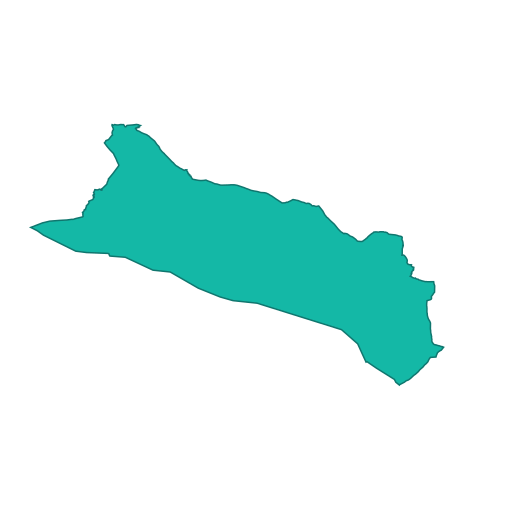 the district of Marker nor, Østfold, Norway, rotated 121°
{"feature_id": "86288312B28275954576976", "entity_name": "Marker nor", "entity_type": "district", "adm_level": 2, "iso_a3": "NOR", "parent_name": "Norway", "parent_adm1": "Østfold", "projection": "mercator", "projection_center": [11.622, 59.488], "detail": "fine", "context": "isolated", "style": "filled", "palette": "teal", "viewbox_px": 512, "rotation_deg": 121, "n_neighbors": 0, "source": "geoboundaries", "source_scale": "gbopen_adm2", "svg_char_len": 5986}
<svg xmlns="http://www.w3.org/2000/svg" viewBox="0 0 512 512"><g transform="rotate(121 256 256)"><path d="M253.1,54.3L249.9,49.7L248.6,50.1L245.5,50.6L244.0,50.2L242.2,49.3L241.3,48.7L237.6,48.2L237.7,48.7L237.6,48.8L237.7,49.4L237.9,49.6L237.9,49.9L238.0,50.0L237.9,50.1L238.2,50.8L238.3,51.4L238.4,51.5L238.5,52.4L238.9,53.5L239.3,55.0L239.3,55.4L239.5,55.6L239.6,56.0L239.7,56.3L239.7,56.5L240.1,57.5L240.0,58.6L239.1,60.6L238.4,61.5L236.9,62.3L235.7,63.4L234.6,64.0L231.4,67.0L230.2,67.7L228.6,69.0L223.6,71.9L222.6,73.2L221.2,75.7L220.1,77.1L218.6,78.6L217.0,79.7L216.2,80.5L212.5,82.7L212.1,83.1L211.6,83.3L211.1,83.9L208.5,85.4L206.4,86.3L206.2,86.4L203.6,84.0L202.8,83.6L202.2,83.6L201.4,84.0L200.8,84.7L200.1,84.8L198.4,84.6L195.9,84.5L195.1,84.3L190.0,87.2L189.3,87.7L188.1,89.2L186.5,90.5L189.3,95.0L189.9,96.0L190.2,96.8L190.8,97.7L191.8,100.9L192.3,103.2L192.6,104.1L192.4,105.2L192.8,106.0L193.1,107.0L192.8,108.0L193.3,108.3L193.7,109.9L193.8,110.4L193.7,112.1L193.8,112.9L193.9,113.4L192.9,113.2L191.1,113.4L190.9,114.0L190.1,113.7L189.7,114.1L189.5,114.4L189.0,114.4L187.6,113.9L187.0,114.0L186.9,113.8L186.6,113.9L186.7,114.3L185.8,114.3L184.4,114.9L184.4,115.2L185.0,115.7L184.8,116.2L184.7,117.4L184.2,118.1L183.5,118.1L183.5,118.5L184.3,119.6L184.8,121.4L183.9,123.3L183.1,123.5L182.0,124.0L181.5,124.4L180.7,125.6L180.2,126.5L180.0,126.9L179.5,128.1L179.2,129.5L179.2,130.0L180.1,131.3L179.0,131.7L178.1,132.2L174.6,134.3L171.3,135.1L171.0,135.3L171.3,135.6L170.4,135.9L169.1,136.7L167.7,138.0L166.8,139.3L164.7,140.3L164.4,140.9L164.4,141.2L164.5,141.8L164.9,143.0L165.3,143.9L165.6,145.6L166.2,147.5L168.8,153.1L168.9,153.7L168.5,155.5L168.5,156.0L168.7,156.5L168.8,156.7L168.8,157.2L169.3,157.7L169.5,158.4L169.5,159.0L171.2,162.0L171.7,162.6L172.2,162.9L173.6,165.7L173.9,166.1L174.5,166.8L174.6,167.2L176.1,167.7L177.4,168.4L180.4,169.5L182.2,170.0L183.3,170.1L184.0,170.5L185.2,170.8L188.8,172.4L189.6,173.6L190.9,176.3L191.0,176.9L190.3,179.3L190.2,180.5L190.0,181.9L190.0,183.5L190.4,185.4L190.1,188.3L190.1,189.5L190.9,191.7L191.6,192.0L191.5,195.8L190.6,199.3L188.4,205.3L187.4,210.4L186.4,214.2L186.3,215.6L185.6,217.1L185.4,218.0L183.7,220.8L182.9,222.2L180.8,228.0L182.6,230.0L182.8,230.7L183.0,231.8L183.4,232.8L183.8,233.1L184.1,233.8L183.6,235.4L183.6,237.5L184.1,238.7L185.2,240.1L185.4,242.4L186.0,244.1L186.3,245.2L186.3,245.7L186.4,246.0L186.7,248.2L186.9,248.5L186.9,248.9L187.0,249.0L187.4,250.1L187.9,251.7L188.3,252.5L188.5,253.3L189.0,253.7L190.2,254.3L193.9,256.8L194.2,257.6L195.4,258.4L197.1,261.0L197.0,263.7L196.9,266.4L196.9,267.2L196.5,273.1L196.6,276.0L196.5,277.0L196.8,279.6L197.4,281.4L199.1,284.6L200.1,288.2L201.4,291.5L202.3,294.2L202.6,296.3L203.0,298.4L203.1,298.5L203.5,301.3L205.1,308.5L206.0,310.9L206.9,312.5L207.9,314.2L208.8,315.4L212.9,321.8L213.6,323.2L214.4,326.5L215.3,328.5L215.7,332.1L216.5,336.2L216.7,338.0L218.1,339.7L219.8,342.2L220.9,344.5L222.9,350.1L222.3,350.9L222.2,351.5L221.5,352.5L221.5,352.8L221.4,352.8L221.4,353.1L221.2,353.1L221.3,353.6L221.1,353.9L221.1,354.1L221.0,354.4L220.7,354.5L220.8,354.7L220.6,354.7L220.6,355.0L220.6,355.4L220.3,355.8L220.2,356.0L220.3,356.2L220.1,356.4L220.2,356.6L219.9,356.7L220.0,356.7L219.9,357.1L219.3,357.7L218.8,358.8L218.1,359.7L218.0,359.9L217.9,359.9L218.2,360.3L218.2,360.5L218.4,360.8L218.7,360.8L219.1,361.4L219.3,361.4L219.6,361.6L219.7,365.1L219.9,366.2L219.7,369.5L219.8,371.1L219.2,373.5L218.8,374.5L218.4,376.9L217.7,379.3L215.7,387.0L215.4,387.4L215.4,388.1L214.9,390.4L213.8,393.3L212.9,394.5L212.1,395.8L211.6,397.8L211.2,398.9L209.8,401.9L209.6,402.8L208.9,407.8L208.8,408.0L208.4,409.7L208.5,410.9L208.3,412.0L208.9,415.0L209.2,417.1L209.3,418.6L209.2,419.9L209.7,423.0L208.9,424.0L208.8,424.5L208.9,424.8L208.7,425.0L208.0,424.8L207.4,424.2L207.2,424.1L207.2,423.7L206.9,423.6L206.7,423.8L206.4,423.7L206.3,423.3L206.4,423.2L206.3,422.7L205.6,422.9L205.4,422.6L205.1,423.0L204.9,422.9L205.0,422.7L204.9,422.6L204.2,422.5L203.7,422.3L203.9,422.8L204.1,424.5L204.8,426.2L207.1,429.1L210.5,433.8L211.2,434.0L212.0,434.0L212.6,434.6L212.5,435.3L211.7,436.8L211.6,437.2L213.2,440.0L214.5,441.4L215.4,442.9L216.0,444.5L216.3,445.1L217.2,445.4L217.4,445.6L217.4,446.6L217.5,447.0L218.0,446.9L218.2,446.7L218.7,446.2L220.0,444.3L220.9,443.4L222.6,443.4L224.1,443.0L224.6,442.8L226.3,441.3L226.7,441.6L227.8,441.8L231.9,442.3L232.5,442.6L234.4,444.1L235.2,443.9L237.1,444.2L238.8,440.1L240.3,435.7L241.6,430.8L242.4,429.8L244.9,425.8L246.3,424.0L248.4,420.8L249.2,420.2L250.9,420.3L258.9,421.1L266.2,422.2L266.8,421.7L269.1,421.5L271.3,420.9L277.3,422.5L277.6,422.8L277.9,422.8L278.0,422.5L278.3,422.3L278.5,422.1L278.7,422.4L279.0,422.3L279.3,422.5L279.3,423.3L279.1,423.7L279.0,424.0L279.1,424.3L279.8,425.0L280.0,425.0L280.4,425.3L281.1,426.1L281.7,427.3L281.8,427.7L282.1,428.3L284.6,427.8L285.1,428.0L286.1,426.5L286.4,426.3L286.8,426.4L287.0,426.9L287.3,427.0L288.2,426.8L288.3,426.7L288.1,426.2L288.1,425.8L288.3,425.6L289.0,425.6L288.9,425.1L289.2,424.9L290.2,425.2L291.2,424.9L291.7,425.0L294.7,427.2L295.3,427.5L295.6,427.0L296.5,426.6L298.4,426.7L298.5,426.8L300.4,427.3L301.2,426.8L303.6,426.4L304.0,426.1L304.2,426.5L305.0,427.0L305.7,426.7L307.0,426.7L307.7,427.1L308.0,427.2L308.3,426.9L308.4,426.6L308.5,426.3L308.9,426.0L309.3,426.0L310.2,425.4L310.8,424.8L311.4,424.6L312.0,425.0L316.9,430.0L318.7,431.5L319.6,433.0L322.5,436.6L326.7,442.8L332.3,450.7L337.6,456.1L347.5,463.8L347.0,456.4L347.6,448.9L344.7,413.0L340.3,403.0L330.0,384.2L329.9,383.2L330.6,382.4L331.3,381.4L331.0,380.6L324.4,367.4L321.2,337.0L313.9,321.3L313.3,288.9L309.6,265.7L306.1,252.7L295.9,230.8L275.1,144.8L278.9,123.6L284.5,115.5L290.3,107.0L289.4,106.5L290.1,95.1L290.5,73.8L292.2,71.1L292.8,66.6L292.3,66.6L287.7,63.8L286.1,63.2L285.3,62.8L284.2,61.8L282.9,61.1L281.1,60.4L277.1,59.3L275.1,58.4L271.5,57.3L269.1,57.0L265.2,55.7L262.6,55.4L260.4,54.6L259.1,54.4L258.3,54.2L255.6,54.5L253.1,54.3Z" fill="#14b8a6" stroke="#0f766e" stroke-width="1.5"/></g></svg>